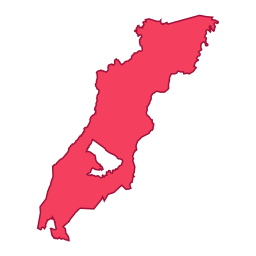 Ixtlán de Juárez, Oaxaca, Mexico (Equal Earth projection)
{"feature_id": "50627088B17775839910325", "entity_name": "Ixtlán de Juárez", "entity_type": "district", "adm_level": 2, "iso_a3": "MEX", "parent_name": "Mexico", "parent_adm1": "Oaxaca", "projection": "equal_earth", "projection_center": [-96.312, 17.477], "detail": "fine", "context": "isolated", "style": "filled", "palette": "rose", "viewbox_px": 256, "rotation_deg": 0, "n_neighbors": 0, "source": "geoboundaries", "source_scale": "gbopen_adm2", "svg_char_len": 5729}
<svg xmlns="http://www.w3.org/2000/svg" viewBox="0 0 256 256"><path d="M145.4,19.7L146.1,21.4L146.0,21.9L144.6,21.5L143.2,22.0L143.1,22.9L143.6,23.5L143.9,24.9L143.0,25.8L142.7,26.5L142.8,27.7L142.3,27.9L141.3,27.1L139.7,27.8L139.2,27.1L138.8,25.5L137.6,25.9L137.4,27.0L136.3,28.5L136.9,30.5L135.1,30.3L134.6,30.8L134.7,31.1L136.0,31.7L136.7,33.1L137.6,33.8L138.1,36.1L138.4,36.2L139.2,35.2L140.7,34.8L141.3,35.0L141.8,37.1L140.5,38.0L140.6,38.7L139.6,39.7L139.7,43.0L140.2,44.3L140.2,45.3L141.2,46.0L141.7,46.0L142.1,47.8L142.3,49.8L141.9,50.6L140.5,51.3L139.4,50.8L137.9,51.6L136.9,52.8L134.3,53.1L134.3,53.5L131.7,56.2L131.4,58.4L130.7,59.2L129.7,59.5L128.5,60.9L125.5,61.5L124.6,62.2L123.9,63.3L121.7,64.7L120.0,63.0L119.5,61.5L118.6,61.1L118.3,60.1L116.8,59.8L116.2,59.0L114.6,60.3L114.8,63.2L114.1,64.6L112.4,64.9L112.3,64.4L111.5,64.1L108.6,65.2L107.9,67.4L108.4,69.6L107.7,70.8L106.0,72.1L103.6,71.0L103.4,71.3L100.8,70.1L99.8,70.9L98.7,70.7L96.7,72.1L96.5,72.8L97.3,74.3L97.1,75.8L97.5,77.0L96.4,81.4L96.7,82.5L95.7,83.9L95.5,84.6L95.8,86.2L96.9,87.7L96.9,88.7L98.8,89.8L99.0,91.8L98.7,92.2L98.6,93.8L97.8,94.3L97.3,95.3L96.8,98.7L97.2,100.6L96.1,103.3L96.2,105.4L94.7,108.4L94.9,110.2L95.3,110.5L95.6,110.3L95.8,111.2L95.5,112.3L95.7,113.3L95.1,113.2L94.8,114.2L92.9,115.2L91.1,116.9L90.2,118.9L90.0,119.8L90.2,120.5L89.9,122.2L87.8,125.9L87.6,126.8L87.1,126.9L86.4,127.6L85.1,127.5L84.1,128.6L84.3,129.5L84.2,130.5L84.5,131.1L83.8,131.5L83.4,132.5L83.0,132.6L82.4,134.4L81.5,134.7L81.5,135.5L81.1,135.5L81.0,136.2L80.0,136.1L79.6,136.5L77.5,139.9L76.1,140.7L75.6,142.1L74.0,143.8L73.4,144.2L72.3,144.1L72.0,144.9L71.0,145.4L70.1,147.0L69.2,147.7L68.8,148.6L68.5,150.6L67.8,152.1L63.1,157.8L61.3,159.1L60.5,159.3L58.8,160.9L58.0,162.0L57.0,162.7L56.1,164.3L54.8,164.5L53.9,165.1L53.2,166.3L52.7,166.3L53.1,176.5L51.2,181.9L50.5,185.2L49.7,186.6L47.7,191.7L46.1,198.8L40.1,206.8L40.5,212.8L37.7,228.2L40.8,229.7L41.5,228.9L41.7,227.5L42.5,227.1L43.4,227.3L44.5,228.7L45.8,226.6L45.6,224.6L47.6,219.9L47.9,220.1L48.9,219.7L50.9,218.3L52.0,219.1L52.4,217.0L54.2,220.1L54.6,222.1L55.3,222.3L54.9,223.4L56.3,229.1L54.4,229.7L51.0,228.3L50.5,228.6L50.8,229.0L51.9,235.0L53.2,237.0L53.7,237.1L53.9,238.0L54.8,237.9L55.3,238.5L55.9,238.0L57.4,238.9L59.5,237.5L59.5,238.0L61.3,239.1L63.2,238.5L66.0,239.9L67.9,240.0L68.1,240.5L69.0,240.6L68.5,237.1L66.7,234.1L65.9,233.4L65.3,228.8L63.1,226.6L69.3,221.2L69.9,219.5L74.4,214.0L75.1,212.7L75.8,212.3L79.3,208.7L80.3,208.2L93.8,208.9L101.6,199.2L102.6,196.8L104.3,200.9L108.1,194.3L113.8,192.5L121.8,185.2L125.9,189.3L129.2,188.9L130.9,188.2L130.0,186.0L129.9,184.9L129.7,184.8L130.6,183.0L131.4,182.2L132.1,182.2L133.0,176.9L134.2,176.6L133.0,174.8L134.2,172.2L134.8,166.8L132.7,160.2L133.5,158.9L132.6,156.4L133.5,154.2L133.7,152.4L134.8,151.8L135.0,151.5L134.8,150.9L135.2,150.8L135.9,149.9L136.4,150.1L136.7,149.4L136.0,146.8L136.4,144.1L137.8,141.0L141.9,136.9L149.1,133.2L149.4,132.1L150.3,131.4L151.1,130.3L152.0,130.3L152.9,129.1L153.2,126.6L153.6,125.9L153.6,123.6L152.8,123.4L152.2,122.2L152.2,119.9L150.9,119.4L148.5,116.1L147.6,115.8L147.2,115.3L146.5,113.7L146.3,112.5L147.1,110.5L147.2,108.0L146.9,106.8L148.2,105.8L149.0,103.9L149.5,103.6L149.8,101.9L151.1,99.2L151.1,96.1L152.8,93.6L153.8,93.2L155.6,91.7L157.2,91.2L160.2,92.1L164.5,92.1L167.9,89.3L168.7,88.2L168.5,86.8L168.6,83.5L169.3,81.1L169.6,77.4L171.2,74.2L171.7,73.7L173.9,73.9L176.3,73.3L177.0,72.7L177.5,71.5L178.4,71.1L180.9,72.0L183.0,71.8L183.5,72.3L183.8,73.8L187.3,73.2L189.2,73.9L193.0,71.6L194.2,70.3L194.7,69.2L196.0,67.9L196.1,67.4L193.9,66.3L195.2,62.7L196.2,61.5L198.2,60.3L198.3,59.9L196.9,59.2L196.6,58.5L197.2,57.2L198.2,56.1L199.6,55.7L200.1,54.5L200.0,53.7L199.0,52.9L198.6,51.7L201.5,49.9L201.6,49.4L201.0,48.1L200.8,46.0L201.2,43.8L202.8,42.2L204.0,41.8L205.2,43.3L205.6,44.5L205.6,45.5L206.8,45.9L207.8,45.2L207.7,44.2L206.0,43.1L205.8,40.2L206.3,38.8L206.2,37.8L204.7,36.9L205.1,35.3L206.3,33.7L206.0,30.9L206.6,30.1L208.0,29.8L210.3,32.0L210.7,31.4L210.6,30.7L209.3,27.0L209.5,26.2L210.2,25.8L210.9,26.5L211.0,28.9L212.5,29.9L213.4,31.1L213.8,31.1L214.4,29.9L214.6,28.0L215.0,27.4L215.2,26.3L214.1,24.4L214.1,23.8L214.8,22.9L215.8,22.6L217.1,23.5L218.1,22.9L218.3,22.1L217.6,21.2L216.9,21.2L215.3,20.2L211.7,19.7L211.7,18.9L212.6,17.2L207.0,16.8L199.5,15.4L167.9,24.1L167.0,22.6L166.6,22.9L165.9,22.8L164.7,23.7L163.5,23.6L163.3,24.1L162.9,23.7L162.6,24.3L161.6,23.9L161.0,23.2L160.7,22.1L160.7,20.2L159.9,21.3L157.7,21.3L157.4,21.5L149.0,18.9L145.4,19.7ZM92.6,139.4L105.0,148.4L105.9,150.2L109.1,152.5L114.8,155.2L117.1,157.1L117.7,158.4L118.4,158.8L120.7,159.0L121.3,159.6L122.3,159.9L122.6,160.5L122.6,161.5L122.8,161.7L121.9,163.2L121.7,164.5L120.8,165.4L119.5,165.8L117.8,168.1L117.7,168.8L116.8,169.2L115.9,168.8L115.6,169.0L115.5,170.0L114.7,170.5L114.1,170.3L113.6,170.7L113.1,170.1L112.3,171.1L112.5,172.6L112.1,173.3L111.1,173.1L110.3,172.2L110.0,170.7L108.7,170.6L108.3,171.8L107.5,172.1L106.8,171.9L106.5,172.3L106.4,173.7L106.8,175.2L105.2,175.3L104.1,176.9L102.8,175.1L102.3,175.8L102.6,176.7L102.0,177.5L100.5,177.7L99.2,176.4L98.1,175.9L97.5,175.8L96.8,176.3L96.2,176.1L95.6,176.4L93.9,175.4L92.9,175.6L92.1,174.8L91.5,174.7L90.6,175.4L89.7,174.9L88.9,175.4L87.3,174.7L87.1,174.3L87.6,173.7L90.5,172.4L90.7,171.1L91.7,168.8L92.9,167.9L95.2,169.4L97.0,169.7L99.4,170.0L100.0,168.5L100.5,168.6L101.4,170.1L103.0,169.3L102.5,167.7L101.8,166.4L100.9,165.8L100.2,166.2L99.9,166.1L100.2,164.5L98.7,163.9L97.2,162.3L96.8,162.3L96.1,160.9L95.5,158.8L95.6,157.6L94.8,155.1L94.4,155.2L90.4,152.2L88.2,151.4L86.3,151.7L87.1,149.6L87.5,149.2L87.5,148.2L87.8,147.7L88.4,147.8L88.9,146.9L88.8,146.0L90.9,143.8L92.6,139.4Z" fill="#f43f5e" stroke="#9f1239" stroke-width="1.5"/></svg>